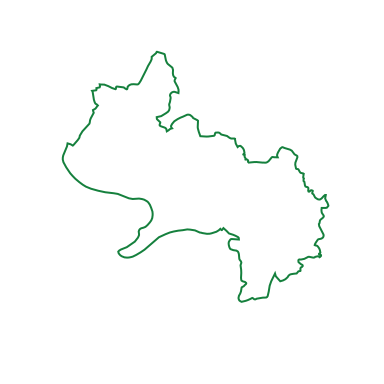 the district of Tuyen Quang, Tuyên Quang, Vietnam, rotated 128°
{"feature_id": "81297802B47439602304770", "entity_name": "Tuyen Quang", "entity_type": "district", "adm_level": 2, "iso_a3": "VNM", "parent_name": "Vietnam", "parent_adm1": "Tuyên Quang", "projection": "orthographic", "projection_center": [105.218, 21.783], "detail": "fine", "context": "isolated", "style": "outline", "palette": "green", "viewbox_px": 384, "rotation_deg": 128, "n_neighbors": 0, "source": "geoboundaries", "source_scale": "gbopen_adm2", "svg_char_len": 6004}
<svg xmlns="http://www.w3.org/2000/svg" viewBox="0 0 384 384"><g transform="rotate(128 192 192)"><path d="M284.4,213.4L285.4,212.1L285.7,211.1L286.0,209.5L285.9,207.8L285.1,205.0L283.7,202.8L282.5,201.4L281.0,200.1L279.4,198.9L275.9,197.2L271.3,195.4L266.7,193.9L248.0,190.2L241.6,186.9L237.5,184.5L234.4,182.1L230.9,179.0L227.8,175.8L224.4,172.7L222.8,170.3L220.4,166.0L219.1,160.8L218.5,159.9L218.0,158.6L215.7,154.4L214.0,152.4L212.7,151.3L208.3,148.3L205.6,147.3L203.6,147.0L203.8,146.0L203.8,145.2L203.6,145.0L201.1,145.0L201.4,140.8L201.9,137.3L200.4,133.3L199.7,130.7L199.2,127.9L199.4,126.9L200.6,125.8L204.3,131.3L205.0,132.2L205.9,132.5L207.7,132.4L208.7,132.2L209.8,131.6L211.1,130.4L212.4,128.7L213.1,127.4L213.3,126.5L212.4,123.7L210.8,120.8L210.7,119.1L211.1,118.2L212.1,116.8L215.6,113.5L216.1,112.5L216.5,110.8L217.1,109.8L218.0,109.3L219.2,108.9L220.0,108.5L223.0,105.4L225.5,103.3L229.5,100.5L230.9,99.1L231.3,98.5L231.3,98.0L231.1,96.8L230.3,95.0L230.3,93.8L230.3,93.4L230.6,93.0L231.4,92.8L232.8,93.1L234.4,93.2L236.4,94.1L236.7,94.1L240.2,92.2L242.3,91.5L244.9,91.1L246.9,90.1L247.6,89.3L248.3,88.0L248.3,86.7L248.0,85.3L244.6,82.6L242.7,81.4L240.4,80.2L238.4,79.3L238.2,78.7L238.2,77.0L237.9,76.3L237.5,75.9L236.2,75.3L231.7,71.2L229.5,68.6L228.5,68.2L227.4,68.3L223.3,70.2L218.0,73.1L213.6,74.6L205.1,76.4L206.8,74.1L208.0,67.5L205.6,65.8L203.2,64.7L200.3,64.2L198.6,64.4L197.5,64.2L196.4,63.8L195.1,62.7L193.5,61.2L191.8,59.4L189.0,59.3L187.5,58.0L187.0,58.2L186.3,58.9L185.3,59.6L184.4,59.7L183.3,59.2L182.1,59.2L181.8,59.5L181.5,60.1L181.8,61.7L181.7,64.8L180.8,65.8L180.1,66.2L179.4,66.1L178.9,65.7L178.2,64.6L175.5,62.3L171.6,60.5L171.0,59.9L169.3,56.5L168.7,55.6L168.0,55.1L167.3,55.0L165.3,53.4L164.6,52.3L164.9,51.4L164.3,51.1L162.9,51.0L162.5,51.3L162.2,51.8L162.3,52.5L162.8,53.3L162.8,53.7L162.4,53.9L161.6,53.6L160.7,53.6L159.1,55.4L158.2,56.9L157.5,59.1L157.4,60.1L157.5,60.8L158.1,61.8L158.3,62.6L157.4,63.0L155.5,63.3L152.4,63.5L151.6,63.4L150.9,62.9L149.8,61.9L148.8,61.2L147.2,60.8L146.2,61.0L145.1,61.6L144.5,62.3L140.6,70.7L139.1,72.3L138.2,72.3L135.9,73.5L134.9,73.7L131.8,73.0L130.3,73.0L129.7,73.5L129.4,74.1L128.6,76.6L128.0,77.5L126.5,78.9L124.7,80.0L122.3,76.9L121.4,76.1L119.1,76.0L118.6,76.3L117.4,78.2L116.6,79.9L116.4,80.9L115.0,83.2L112.0,84.7L112.4,85.3L114.2,85.7L117.2,85.9L118.2,86.2L119.2,86.6L119.9,87.6L120.3,88.5L120.5,90.4L120.5,91.7L119.1,94.7L119.1,96.2L118.9,96.6L117.1,97.3L116.7,97.6L116.7,97.8L117.0,98.8L117.5,99.4L119.4,99.7L119.9,100.4L119.5,101.2L117.9,102.2L117.2,102.9L117.0,103.9L117.6,105.1L117.8,106.0L117.2,107.1L114.8,109.7L114.7,110.8L113.8,111.6L112.4,112.2L112.3,113.1L111.7,113.6L109.9,114.6L109.7,114.9L108.9,115.1L108.9,115.8L110.0,118.1L110.0,118.6L109.8,119.4L108.7,122.0L108.7,122.5L109.5,123.9L109.5,124.4L107.0,127.4L106.4,127.8L105.2,128.6L99.8,130.3L98.9,131.1L98.8,131.8L99.2,134.4L98.0,138.8L98.3,140.9L100.3,146.0L100.9,148.2L101.5,148.7L103.6,149.2L107.8,148.6L109.9,148.0L110.7,147.5L111.2,147.1L111.9,145.8L113.8,148.3L114.8,150.0L115.1,150.3L115.7,150.5L120.2,150.6L121.6,150.9L122.8,151.4L123.6,152.1L125.6,154.8L128.8,159.8L130.3,161.6L133.9,165.4L133.7,166.5L132.6,167.2L132.5,167.6L132.6,169.1L133.4,169.6L133.5,169.9L132.5,170.6L131.9,172.2L130.2,173.4L130.9,174.4L130.9,174.6L130.3,174.8L129.3,174.6L128.8,174.8L127.2,176.6L126.6,177.6L126.0,179.3L125.8,181.9L126.0,182.5L127.0,183.4L128.5,183.7L126.9,187.3L123.8,190.8L123.6,190.9L123.8,191.6L125.7,194.0L126.0,194.8L126.2,195.8L126.3,198.9L128.5,203.9L128.7,204.5L128.5,205.7L128.6,207.2L128.9,207.8L130.5,209.8L131.3,210.0L133.4,209.1L134.2,209.3L138.4,213.5L139.4,214.7L142.9,219.8L140.4,223.7L138.3,226.5L137.4,227.4L132.2,231.1L132.1,231.9L133.0,236.6L132.6,237.7L132.5,239.0L132.5,240.4L132.6,241.2L133.0,242.0L133.5,242.8L134.3,243.5L138.2,245.5L140.4,246.8L143.4,248.2L147.2,249.5L150.5,249.6L152.8,249.2L153.4,248.7L153.8,248.1L154.1,246.9L154.6,247.3L156.0,248.1L157.9,248.5L159.7,249.2L158.2,251.0L157.9,252.2L158.1,253.3L159.4,257.1L159.5,258.3L159.3,258.6L158.8,259.0L157.0,259.6L156.6,260.0L156.2,264.3L155.8,264.9L154.7,265.9L151.2,263.0L145.9,261.0L143.4,260.3L141.6,260.4L140.0,261.1L138.9,261.8L137.9,263.1L136.9,264.0L134.6,264.8L131.1,266.7L130.3,267.5L129.7,268.6L128.9,269.1L128.3,269.3L127.4,269.4L125.8,269.1L125.1,268.7L124.3,268.1L123.8,267.4L122.4,263.6L121.0,264.5L119.6,265.7L118.1,267.9L115.5,273.8L114.9,274.3L114.0,274.7L112.3,275.0L112.3,277.2L111.6,278.7L110.2,280.2L107.5,282.1L106.2,283.9L106.1,284.5L106.0,289.9L105.6,291.3L104.4,293.5L100.4,298.2L100.3,298.6L100.6,299.6L103.1,306.0L103.3,306.1L104.8,305.8L110.3,307.0L111.4,306.1L112.4,305.5L114.8,304.9L120.0,304.2L123.3,303.4L135.8,300.9L139.0,300.6L140.3,300.8L141.0,301.4L143.0,304.4L144.5,306.1L145.8,306.9L146.9,307.3L148.5,307.5L150.6,306.5L151.0,306.5L151.3,306.7L151.6,308.2L151.6,310.2L155.1,316.1L155.6,316.4L156.2,316.3L157.6,315.5L157.9,315.5L158.1,315.6L159.3,319.0L160.1,323.1L161.4,327.3L163.3,329.8L164.0,331.0L165.4,329.5L166.4,329.2L169.0,331.3L170.2,330.2L170.9,330.2L173.8,333.0L174.2,332.0L179.7,326.1L181.0,324.2L181.6,323.1L181.8,322.3L181.6,320.5L181.8,319.4L182.5,319.5L185.4,319.4L186.3,319.6L188.4,320.5L189.1,319.7L190.1,318.2L196.4,317.1L198.2,316.5L200.3,315.3L201.3,314.9L211.6,315.7L216.7,315.1L218.0,314.4L219.0,314.1L221.5,314.0L227.5,314.3L228.8,314.5L229.1,317.0L230.3,320.0L233.0,318.6L242.4,316.0L244.4,315.0L246.0,313.8L247.7,311.6L250.0,306.3L252.2,299.5L252.9,295.7L253.4,292.1L253.6,286.9L253.5,282.6L253.1,278.9L251.6,273.6L248.8,266.8L245.6,260.2L241.1,252.8L239.2,249.3L235.8,237.8L234.0,234.4L229.8,229.7L228.3,227.0L227.5,225.0L227.1,222.4L227.0,221.0L227.2,219.8L228.0,217.3L229.7,214.3L231.8,211.1L233.4,209.6L234.6,208.7L237.0,207.3L239.5,206.6L242.0,206.5L245.5,206.7L248.1,207.2L249.9,208.2L251.9,209.7L253.3,210.2L254.3,210.2L255.9,209.7L257.8,207.8L258.6,207.2L259.6,206.9L261.3,206.5L266.3,206.5L275.6,209.4L281.1,212.6L283.0,213.3L284.4,213.4Z" fill="none" stroke="#15803d" stroke-width="2"/></g></svg>